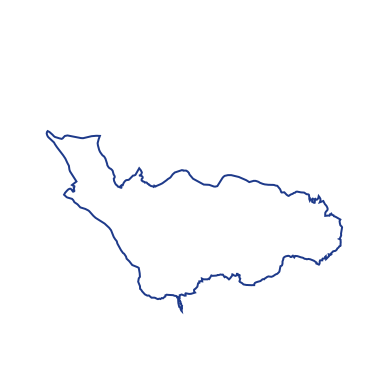 outline of Magherani, Mures, Romania, rotated 236°
{"feature_id": "2599482B35155087466971", "entity_name": "Magherani", "entity_type": "district", "adm_level": 2, "iso_a3": "ROU", "parent_name": "Romania", "parent_adm1": "Mures", "projection": "equal_earth", "projection_center": [24.936, 46.581], "detail": "fine", "context": "isolated", "style": "outline", "palette": "blue", "viewbox_px": 384, "rotation_deg": 236, "n_neighbors": 0, "source": "geoboundaries", "source_scale": "gbopen_adm2", "svg_char_len": 5954}
<svg xmlns="http://www.w3.org/2000/svg" viewBox="0 0 384 384"><g transform="rotate(236 192 192)"><path d="M134.2,274.5L134.7,272.4L134.7,270.0L135.3,269.5L136.9,268.9L140.1,268.4L141.5,266.0L141.8,265.9L145.0,266.6L149.4,266.2L150.5,265.0L152.1,263.8L155.4,259.2L157.6,256.6L159.2,255.2L161.8,253.4L163.1,252.9L164.5,251.9L165.6,251.0L166.7,249.5L168.2,245.0L171.4,243.6L178.3,239.2L184.0,234.0L185.9,231.2L187.1,228.1L187.0,226.6L186.6,225.1L182.7,216.3L183.4,214.4L184.2,213.3L188.3,210.3L191.6,205.9L202.4,200.3L207.9,199.7L209.6,200.1L211.5,199.8L213.0,199.1L213.6,198.3L214.5,196.8L214.9,196.8L215.8,195.8L217.8,188.6L217.4,185.8L216.3,182.8L216.1,181.9L216.2,179.0L216.0,177.6L215.8,172.3L216.1,170.0L217.0,165.3L216.9,164.9L217.1,164.6L217.5,164.8L218.3,164.3L217.8,163.8L218.0,163.4L217.8,163.0L218.7,162.6L219.8,161.4L220.9,161.0L221.4,160.5L221.8,160.4L222.2,160.6L223.2,160.2L223.6,159.8L224.8,159.8L225.3,159.6L225.9,158.9L226.1,158.2L227.0,158.2L228.0,157.3L228.5,157.3L228.8,157.0L229.7,156.7L230.3,157.0L230.9,157.6L231.1,158.6L231.4,159.1L232.3,159.5L233.6,159.2L234.8,157.9L235.0,158.0L234.8,159.4L235.3,160.2L236.3,161.4L238.7,161.7L241.2,161.5L237.8,154.6L238.1,153.2L238.6,152.2L237.6,147.4L237.5,146.3L238.6,144.1L238.5,142.6L238.1,141.3L237.5,140.0L236.3,138.3L236.4,138.1L236.7,137.9L236.3,136.8L236.4,136.6L236.9,137.2L237.0,137.2L236.9,135.9L236.8,135.7L235.1,135.8L235.1,135.6L238.1,133.5L239.0,133.7L240.1,133.2L241.8,133.1L244.7,133.6L246.8,134.6L247.2,135.8L247.7,136.4L248.8,136.8L250.2,136.8L254.0,138.1L255.2,138.0L256.7,137.6L257.3,137.2L258.7,136.7L260.5,136.7L261.6,136.8L262.9,137.4L268.1,138.9L270.5,139.0L272.5,138.3L274.7,138.2L276.8,138.2L278.9,138.6L283.3,140.1L285.3,141.1L288.0,144.2L290.0,147.0L292.0,144.3L294.4,140.0L297.5,131.8L298.8,130.1L308.5,120.4L309.5,118.0L309.2,116.2L308.8,114.9L308.9,113.7L310.5,112.2L314.2,109.2L315.5,108.7L317.5,108.4L321.4,107.4L323.2,106.4L322.8,105.3L321.7,104.2L319.7,103.6L318.0,103.5L310.2,105.3L308.3,105.1L304.6,105.1L294.6,105.7L290.6,105.7L285.5,104.9L282.6,104.6L279.1,102.9L277.3,102.4L265.3,102.1L264.9,96.4L263.6,97.0L263.3,97.4L262.5,97.7L261.9,97.2L261.5,96.7L261.5,96.3L261.0,96.2L260.4,95.4L259.3,95.4L258.5,94.8L258.6,93.9L258.9,93.5L261.1,93.5L262.5,93.2L263.0,92.6L263.2,92.0L263.3,90.7L263.0,89.1L262.3,86.4L261.3,84.4L257.8,85.2L257.0,85.7L253.4,88.7L251.7,89.0L249.3,88.8L245.8,90.2L241.7,90.8L237.6,94.1L234.7,95.7L233.5,96.1L227.4,96.9L224.5,97.6L214.7,101.9L208.7,103.3L205.5,103.5L198.6,102.0L196.0,101.9L193.2,102.1L191.0,101.3L183.4,100.6L180.0,100.7L178.8,101.2L175.4,101.2L173.3,100.5L169.6,101.3L164.9,101.6L160.0,104.9L158.8,105.4L153.9,103.2L150.8,101.4L150.2,99.6L147.7,97.2L143.0,96.2L140.7,94.8L139.7,95.1L138.6,95.2L137.6,95.1L133.5,95.7L131.1,97.0L130.3,98.4L127.1,99.3L125.2,102.0L122.5,103.6L122.1,104.2L121.9,105.2L120.9,106.0L121.0,107.6L120.1,108.5L120.3,109.8L120.3,111.5L121.2,112.1L121.0,113.6L120.2,114.5L117.0,118.7L116.2,119.2L115.9,119.3L114.7,120.7L114.1,120.9L113.2,120.7L113.1,121.4L112.5,121.5L107.6,118.6L105.1,117.6L103.8,117.2L103.2,117.8L101.3,117.1L99.7,116.8L99.0,116.9L100.1,117.4L100.9,118.5L102.6,119.5L103.2,120.1L104.0,119.9L104.9,120.2L105.4,120.1L105.7,120.5L106.3,120.3L107.1,121.0L107.9,121.0L108.7,121.3L110.0,121.2L110.4,121.4L110.8,121.9L110.9,122.5L111.9,122.8L112.4,123.2L112.5,123.6L113.3,124.1L112.8,126.1L110.1,128.0L109.7,128.8L111.5,129.8L111.5,130.2L109.1,132.6L108.1,134.3L106.9,138.3L108.4,138.2L109.3,138.7L109.8,139.1L109.9,139.7L109.9,140.9L110.5,143.5L112.9,146.0L112.6,147.4L113.0,147.7L113.8,148.0L113.1,149.6L112.2,150.5L114.7,151.8L113.2,152.7L110.8,156.2L110.9,157.2L110.2,157.6L112.0,161.4L111.1,162.0L109.4,164.9L108.9,165.9L108.9,166.8L108.2,167.7L107.7,169.5L106.7,170.5L106.4,171.2L106.2,171.4L103.2,171.4L103.1,172.4L101.1,173.3L98.9,173.8L99.1,175.2L100.4,179.0L100.9,179.1L101.2,179.4L101.0,179.6L99.2,180.3L98.1,181.2L98.0,181.8L98.2,182.5L98.6,183.2L99.0,183.5L98.6,184.1L97.5,183.9L97.1,183.6L96.9,183.7L96.7,184.9L96.3,185.0L95.3,184.0L94.5,183.4L93.3,183.6L91.4,181.4L90.8,181.4L88.3,182.6L86.6,183.0L84.6,185.0L81.7,188.9L80.0,191.5L80.9,192.2L81.4,193.3L81.4,194.0L81.0,195.7L79.9,199.0L80.2,201.5L80.0,202.2L79.3,203.1L79.6,203.5L79.5,205.4L79.6,206.4L79.3,208.1L77.3,210.4L76.9,212.0L76.9,215.2L76.5,217.0L77.0,219.6L77.3,220.1L81.0,223.8L80.8,224.9L80.9,225.6L81.2,226.1L82.2,227.1L83.8,228.2L85.2,230.1L85.9,230.6L86.3,231.4L86.4,232.6L86.2,233.9L85.3,236.1L84.3,237.0L83.0,237.4L82.7,237.7L82.5,238.5L82.8,239.0L82.8,240.0L80.6,240.2L80.9,240.9L81.5,241.0L81.3,241.8L80.4,242.9L79.8,243.6L76.8,245.9L75.9,246.8L75.1,247.4L73.8,247.9L72.6,249.2L72.0,249.6L71.4,251.1L70.1,252.4L66.9,254.6L63.8,255.8L63.2,255.1L60.8,256.6L61.0,257.2L61.5,257.9L63.1,259.1L63.7,260.0L62.5,261.8L63.5,262.6L63.7,263.1L62.5,265.1L63.7,265.9L63.9,267.0L61.4,265.7L62.2,269.7L63.9,270.5L62.8,271.6L62.4,271.7L62.4,272.7L63.3,272.9L63.9,275.9L63.0,278.1L63.3,279.9L63.9,280.8L64.0,282.3L64.6,283.9L64.3,284.8L64.5,285.2L66.0,286.2L67.1,287.1L69.4,288.5L70.7,287.8L70.6,288.3L72.5,291.3L74.2,292.3L78.7,296.6L79.6,296.8L81.4,296.4L83.4,297.1L85.4,298.1L86.2,299.6L91.3,297.1L92.6,296.1L93.5,296.3L94.8,295.3L96.2,295.4L96.2,295.2L95.6,294.5L95.8,293.8L96.1,293.7L95.5,292.8L95.5,292.6L96.2,292.0L97.7,289.1L99.1,290.0L100.3,291.0L100.9,292.3L101.0,293.1L101.4,294.3L102.1,295.0L103.5,295.5L105.6,295.7L107.6,295.4L111.1,295.8L112.0,292.2L112.7,293.3L113.5,294.0L114.5,294.6L116.2,294.8L117.7,294.7L116.8,293.8L116.2,293.0L115.9,292.2L115.8,291.3L116.0,290.9L116.6,290.5L117.4,290.5L117.5,290.2L114.5,287.7L114.7,287.2L116.3,286.3L116.4,286.5L117.2,286.4L118.0,287.9L118.6,288.4L118.8,288.5L119.0,288.3L118.6,287.6L118.4,287.0L119.7,286.3L119.0,284.9L120.8,285.4L121.5,286.4L122.2,286.3L124.0,287.3L124.6,287.3L125.0,287.1L126.2,285.7L128.7,284.7L129.5,283.8L130.6,282.3L133.6,279.3L134.0,278.3L133.8,277.2L134.3,275.7L134.2,274.5Z" fill="none" stroke="#1e3a8a" stroke-width="2"/></g></svg>